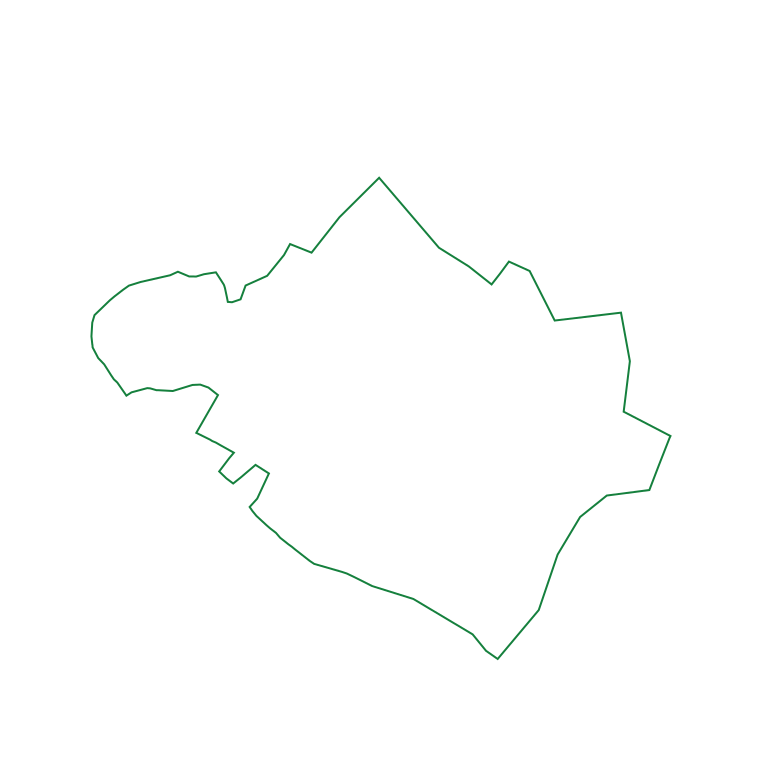 Tangaza, Sokoto, Nigeria, rotated 123°
{"feature_id": "59680162B53228015633193", "entity_name": "Tangaza", "entity_type": "district", "adm_level": 2, "iso_a3": "NGA", "parent_name": "Nigeria", "parent_adm1": "Sokoto", "projection": "natural_earth1", "projection_center": [5.031, 13.477], "detail": "fine", "context": "isolated", "style": "outline", "palette": "green", "viewbox_px": 768, "rotation_deg": 123, "n_neighbors": 0, "source": "geoboundaries", "source_scale": "gbopen_adm2", "svg_char_len": 1450}
<svg xmlns="http://www.w3.org/2000/svg" viewBox="0 0 768 768"><g transform="rotate(123 384 384)"><path d="M483.9,664.3L491.4,662.1L497.6,658.6L503.4,655.3L509.8,650.1L509.9,649.9L512.0,648.3L517.9,637.8L519.9,629.4L525.3,617.6L527.2,613.1L528.0,608.5L533.3,595.5L534.1,593.7L528.5,591.2L516.4,580.3L515.0,577.7L513.1,571.4L512.3,570.2L504.9,557.3L489.1,544.1L484.6,537.8L482.6,529.3L483.7,517.2L527.2,514.8L525.4,499.5L525.4,497.0L524.7,493.2L524.4,487.6L523.4,472.5L530.4,473.4L547.1,474.6L549.0,464.8L549.6,456.3L543.6,454.3L540.6,453.3L521.8,447.7L521.7,431.8L549.2,427.9L560.3,429.7L562.2,425.1L564.1,419.2L566.4,405.7L566.9,402.2L567.1,400.7L567.7,393.5L569.5,387.4L570.5,377.0L570.7,372.6L571.2,368.3L572.8,350.1L572.9,344.6L564.5,317.0L563.2,312.0L562.2,304.4L559.9,283.8L548.3,242.3L545.7,173.3L552.2,153.1L552.7,138.9L489.3,131.1L432.5,145.5L388.7,147.1L356.2,136.4L328.4,103.7L301.6,109.4L273.8,115.1L271.6,115.4L276.7,167.9L231.0,190.2L195.1,224.1L237.8,275.4L209.9,323.4L213.3,345.9L228.3,346.8L241.9,348.0L239.2,377.0L239.8,412.1L213.7,500.4L268.4,512.2L313.3,516.3L317.8,539.0L330.3,538.1L356.9,540.9L376.8,553.7L391.1,550.4L398.2,556.0L400.2,559.7L396.7,563.1L393.4,566.4L390.2,569.6L388.6,571.5L387.9,572.5L386.7,575.1L384.8,579.3L381.9,585.8L390.0,594.8L396.1,600.0L399.9,605.9L402.1,618.0L409.3,622.6L430.9,643.6L440.4,651.5L447.2,654.2L457.2,657.7L463.1,659.5L483.9,664.3Z" fill="none" stroke="#15803d" stroke-width="2"/></g></svg>